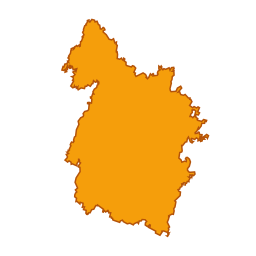 outline of Naogaon, Rajshahi, Bangladesh, rotated 196°
{"feature_id": "16705992B34203284467157", "entity_name": "Naogaon", "entity_type": "district", "adm_level": 2, "iso_a3": "BGD", "parent_name": "Bangladesh", "parent_adm1": "Rajshahi", "projection": "equal_earth", "projection_center": [88.84, 24.873], "detail": "fine", "context": "isolated", "style": "filled", "palette": "amber", "viewbox_px": 256, "rotation_deg": 196, "n_neighbors": 0, "source": "geoboundaries", "source_scale": "gbopen_adm2", "svg_char_len": 5804}
<svg xmlns="http://www.w3.org/2000/svg" viewBox="0 0 256 256"><g transform="rotate(196 128 128)"><path d="M174.2,131.9L175.1,129.4L174.2,128.2L174.3,126.6L176.3,124.8L177.8,120.8L176.2,117.9L177.1,112.1L176.1,105.7L177.0,104.5L177.0,101.4L176.3,100.5L176.7,99.0L178.3,99.0L178.7,97.8L178.9,95.9L178.0,95.2L178.6,91.7L178.2,90.6L178.7,89.7L179.3,90.0L179.3,88.1L179.9,87.9L178.2,87.0L180.1,85.6L178.3,83.8L178.2,82.8L179.7,79.8L176.6,78.6L175.6,80.2L173.3,79.4L172.6,77.5L171.7,78.2L166.6,77.5L167.3,79.8L166.3,82.7L167.1,84.9L165.7,83.6L165.7,82.2L164.0,81.4L165.0,78.6L164.8,76.9L163.4,76.9L162.0,72.9L164.1,65.8L163.9,61.2L159.9,56.4L161.5,54.0L159.6,52.4L160.5,51.0L160.7,49.0L160.3,47.2L158.1,46.3L157.8,42.9L156.8,43.4L153.3,41.7L153.4,43.4L150.5,43.3L149.9,40.5L150.3,38.5L149.6,39.8L148.1,40.2L148.3,37.3L145.5,37.3L145.0,34.5L143.9,33.6L143.4,33.7L143.6,34.5L142.6,34.4L142.4,35.7L141.1,36.0L140.4,39.5L138.5,40.5L137.6,44.6L136.1,44.8L136.1,45.6L129.4,43.2L129.2,40.4L128.5,40.3L128.0,42.1L126.3,41.1L124.2,43.8L124.7,42.2L123.5,42.2L123.0,41.1L121.3,41.7L121.1,37.5L119.4,37.8L119.1,36.8L117.9,36.9L117.3,35.5L115.8,35.3L110.0,35.0L109.7,36.6L107.9,37.9L106.7,36.7L102.3,35.7L99.9,37.0L96.2,36.3L95.6,37.8L93.0,40.0L91.6,39.0L91.6,41.6L89.6,42.4L89.2,43.9L86.2,44.5L84.3,43.3L85.1,41.7L84.7,39.5L82.7,38.8L81.5,39.1L80.6,41.0L79.8,40.8L79.6,39.0L80.6,38.1L72.9,36.5L72.6,34.6L67.7,33.7L66.5,37.5L67.0,38.1L65.2,38.9L61.3,38.5L60.5,37.3L59.8,37.9L60.2,36.7L60.1,35.3L60.8,35.0L60.1,34.8L59.4,37.5L59.9,38.2L60.5,37.4L61.0,38.8L60.8,41.8L61.6,42.9L60.8,44.3L64.3,48.3L63.9,52.0L64.6,54.5L63.9,54.3L64.0,55.5L61.9,57.4L60.6,57.5L60.8,61.0L61.8,63.0L61.1,65.0L61.6,70.2L63.0,70.9L59.3,77.3L59.9,80.9L61.8,81.3L62.9,82.6L61.5,83.5L61.5,85.3L60.1,86.6L60.6,88.1L59.7,88.5L60.7,89.2L59.8,89.6L59.4,88.9L59.7,90.4L59.1,90.9L59.6,91.1L57.7,90.8L57.7,89.4L57.3,88.3L57.3,91.0L56.5,91.1L56.3,93.0L54.6,93.2L55.1,94.2L54.5,96.9L55.9,97.5L54.6,97.8L55.4,98.3L55.5,100.1L54.3,100.2L53.1,98.5L53.2,100.6L51.8,100.3L50.9,102.2L51.9,104.1L56.8,102.3L59.1,103.7L59.6,105.4L58.5,108.1L58.6,112.6L60.4,115.0L62.7,116.1L63.9,115.7L64.3,114.1L63.1,113.7L62.7,111.8L64.4,111.8L66.8,110.0L68.3,112.0L70.8,113.1L71.5,118.7L69.8,119.7L69.6,120.9L71.6,126.0L70.7,126.1L69.0,130.3L67.7,130.9L68.0,134.2L67.4,136.0L64.3,131.9L62.3,131.3L61.5,132.9L62.3,132.7L64.3,134.9L63.9,135.6L60.7,135.4L59.5,137.4L57.5,136.7L57.2,135.0L55.1,136.4L54.5,135.1L53.2,136.0L53.4,137.7L51.2,138.4L52.5,139.3L52.1,140.3L49.6,140.8L48.8,139.9L48.5,142.8L50.6,143.5L53.6,139.5L54.8,139.5L55.6,138.0L54.3,137.9L54.9,137.4L56.2,137.5L56.4,139.7L54.7,139.9L55.0,142.0L57.3,141.4L58.4,143.5L59.1,143.5L59.9,142.0L61.8,141.2L62.2,142.2L61.0,143.8L60.4,147.7L59.6,146.5L58.2,150.1L58.4,152.8L55.7,153.6L55.9,155.4L54.6,155.7L54.5,157.0L57.6,157.0L59.0,154.7L62.9,154.6L63.8,155.0L63.5,156.2L66.2,157.3L66.0,158.0L67.1,158.7L68.5,155.8L70.3,156.6L71.6,156.2L71.4,159.0L70.5,160.5L71.6,163.5L70.8,162.7L69.6,163.9L67.5,163.0L67.4,159.6L64.0,159.9L63.4,162.3L65.5,162.9L64.9,167.2L66.5,167.6L67.6,166.2L70.4,166.8L71.4,165.3L75.0,166.6L73.8,170.9L75.5,172.7L76.5,172.6L76.6,173.9L78.3,173.5L82.3,176.0L83.8,174.7L86.6,174.7L88.4,177.1L89.6,176.4L87.4,181.2L88.9,182.7L91.5,180.0L92.0,176.5L96.6,174.8L97.6,175.6L98.5,177.4L98.7,183.1L99.5,184.3L99.1,186.8L99.6,189.6L98.3,191.5L99.5,195.1L100.9,194.8L99.8,196.2L100.7,196.8L100.1,197.8L100.8,198.9L102.9,198.0L103.6,195.2L105.1,197.2L107.9,194.8L109.9,194.9L110.5,193.6L112.3,194.7L112.6,194.0L112.3,196.0L113.2,196.8L113.7,195.3L115.4,196.0L114.6,193.2L113.1,192.8L114.8,190.9L114.9,188.9L114.0,188.2L114.4,186.7L118.3,185.0L118.2,186.8L118.9,187.2L120.1,185.4L121.4,186.2L122.0,182.4L122.9,180.7L124.6,181.7L124.1,182.3L125.9,184.3L128.7,185.1L134.5,179.8L136.2,181.5L136.0,182.8L137.7,183.2L137.1,187.7L139.4,189.1L140.9,189.1L141.6,187.6L146.2,187.6L147.4,188.2L148.0,190.7L149.9,191.2L150.2,193.5L151.3,193.9L151.1,192.0L152.0,191.9L153.5,193.4L155.0,191.8L157.5,191.8L158.3,195.8L159.5,198.3L160.1,197.9L160.5,198.8L161.1,204.5L162.4,205.1L162.8,207.4L164.1,206.2L166.5,209.8L168.0,208.2L170.6,208.1L174.6,211.7L178.3,213.4L178.6,214.7L177.2,216.0L178.3,217.4L179.6,217.8L180.7,215.8L181.9,215.6L183.5,219.0L185.0,219.3L187.2,222.1L188.9,220.9L189.9,222.4L192.7,222.4L193.9,219.3L194.8,219.6L195.3,221.1L196.7,220.1L196.2,218.5L197.1,216.1L196.5,215.6L197.8,214.3L198.0,210.6L197.5,209.3L198.0,207.5L196.0,205.4L197.1,203.2L196.2,203.0L196.8,202.0L196.4,201.6L196.7,198.5L197.4,198.0L196.5,193.5L197.0,193.0L197.9,194.2L199.2,192.5L200.2,193.1L201.6,190.9L201.5,188.9L202.0,190.0L202.2,188.9L203.0,189.8L204.4,188.6L203.6,187.4L204.3,187.2L203.9,183.9L204.9,180.7L204.2,180.2L205.0,178.8L203.6,178.1L203.5,176.3L204.5,175.7L203.6,174.9L204.2,175.0L204.4,172.9L206.3,172.1L206.5,168.9L207.4,169.1L207.5,165.5L205.8,165.6L204.5,167.1L203.9,164.3L202.5,165.3L203.2,165.9L203.0,167.0L201.8,167.8L202.5,167.5L202.7,169.8L203.6,168.9L203.3,172.2L202.9,170.2L200.2,169.3L199.2,170.1L200.7,170.3L201.3,172.1L200.2,172.2L199.8,171.3L198.5,171.9L196.8,168.9L193.6,170.9L193.6,167.8L194.5,168.6L196.4,166.6L193.7,164.8L194.8,162.7L196.2,161.9L194.7,161.5L193.9,159.8L194.5,158.6L193.2,158.1L194.6,152.6L192.2,151.4L191.2,152.1L191.1,153.4L190.6,152.5L189.3,153.5L188.6,152.1L187.6,153.7L187.5,152.2L186.4,151.0L184.1,153.6L180.7,153.9L180.7,156.3L179.2,156.7L178.6,158.4L175.7,157.7L174.7,160.8L174.0,161.0L174.2,164.0L172.1,163.0L171.1,163.6L171.0,165.3L168.7,164.1L168.5,163.1L169.6,163.6L168.7,161.4L169.4,160.7L169.3,158.3L171.1,156.0L171.7,152.9L170.2,151.3L171.4,151.1L171.6,147.6L172.6,147.5L172.3,146.5L170.7,145.8L170.0,141.9L171.6,141.8L171.6,140.9L172.5,141.9L173.8,141.3L173.6,140.3L171.9,140.2L170.9,134.8L171.6,133.5L174.2,131.9Z" fill="#f59e0b" stroke="#b45309" stroke-width="1.5"/></g></svg>